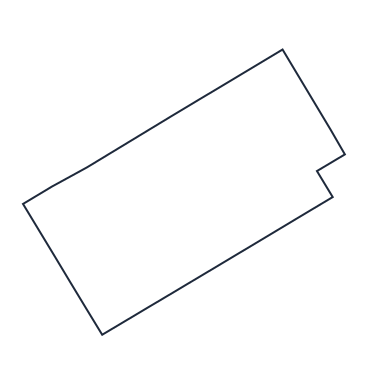 the district of Marathon, Wisconsin, United States of America, rotated 149°
{"feature_id": "52423323B47100062979933", "entity_name": "Marathon", "entity_type": "district", "adm_level": 2, "iso_a3": "USA", "parent_name": "United States of America", "parent_adm1": "Wisconsin", "projection": "natural_earth1", "projection_center": [-89.786, 44.901], "detail": "fine", "context": "isolated", "style": "outline", "palette": "slate", "viewbox_px": 384, "rotation_deg": 149, "n_neighbors": 0, "source": "geoboundaries", "source_scale": "gbopen_adm2", "svg_char_len": 423}
<svg xmlns="http://www.w3.org/2000/svg" viewBox="0 0 384 384"><g transform="rotate(149 192 192)"><path d="M41.6,145.5L41.1,173.7L41.0,267.5L89.8,267.5L106.5,267.5L138.4,267.6L171.3,267.6L269.4,267.2L309.2,268.8L343.0,268.8L342.8,207.6L342.8,177.3L342.7,147.1L342.5,115.9L286.9,115.7L268.6,115.6L203.9,115.4L138.4,115.3L116.5,115.3L74.0,115.2L74.1,145.6L41.6,145.5Z" fill="none" stroke="#1e293b" stroke-width="2"/></g></svg>